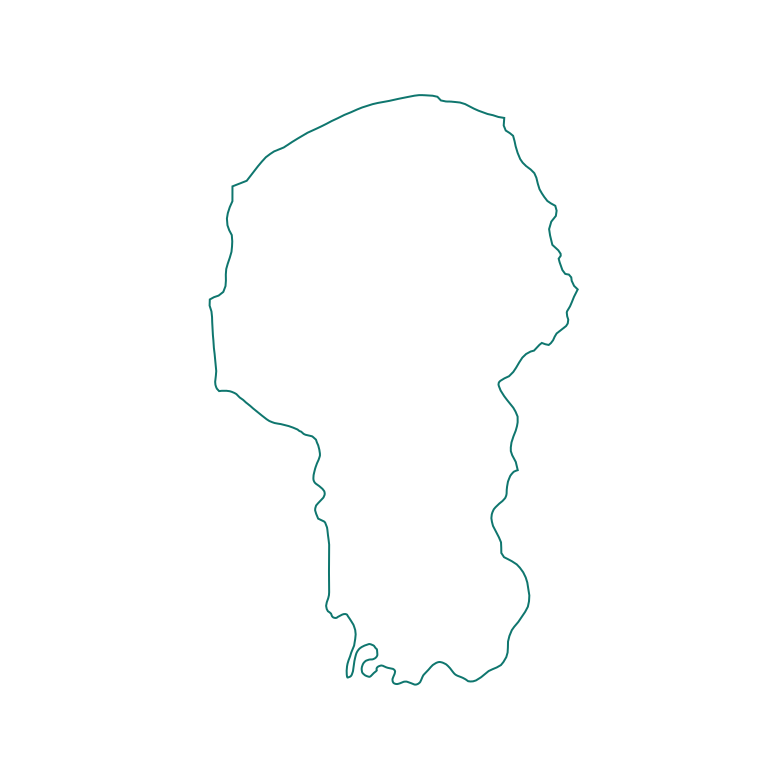 Bacho, Narathiwat, Thailand (Equal Earth projection), rotated 197°
{"feature_id": "78962969B22586560209583", "entity_name": "Bacho", "entity_type": "district", "adm_level": 2, "iso_a3": "THA", "parent_name": "Thailand", "parent_adm1": "Narathiwat", "projection": "equal_earth", "projection_center": [101.634, 6.553], "detail": "fine", "context": "isolated", "style": "outline", "palette": "teal", "viewbox_px": 768, "rotation_deg": 197, "n_neighbors": 0, "source": "geoboundaries", "source_scale": "gbopen_adm2", "svg_char_len": 6126}
<svg xmlns="http://www.w3.org/2000/svg" viewBox="0 0 768 768"><g transform="rotate(197 384 384)"><path d="M539.6,329.0L537.3,330.0L532.9,331.4L529.4,332.0L527.3,332.0L524.4,331.7L522.2,331.2L518.0,328.9L514.0,327.6L510.7,326.0L505.4,323.9L501.9,322.3L491.5,318.1L486.0,316.0L482.9,315.1L479.9,314.8L477.2,314.7L473.7,315.1L470.9,315.5L462.9,315.9L458.2,315.7L453.4,315.2L451.1,314.3L449.3,314.2L446.3,312.8L444.3,312.5L438.6,312.9L437.2,312.9L435.8,312.3L432.8,310.9L431.0,308.4L429.0,306.1L426.6,302.2L425.8,300.5L425.1,299.1L424.8,298.3L424.4,297.1L424.3,296.4L424.3,294.7L424.4,292.3L424.9,288.5L425.1,284.5L425.1,282.5L424.9,278.8L424.7,276.3L424.4,275.0L424.1,273.7L423.8,272.7L423.4,271.8L423.0,271.1L422.2,270.2L421.3,269.4L420.7,269.1L419.9,268.7L416.0,267.4L412.8,266.0L412.0,265.6L410.2,264.3L409.8,264.0L409.2,263.1L408.6,261.7L408.4,260.6L408.5,259.6L408.7,257.8L409.0,257.1L411.0,253.1L412.3,250.5L413.1,248.6L413.3,248.3L413.4,247.7L413.4,247.0L413.4,245.1L413.2,244.1L412.9,243.0L412.3,242.1L410.9,240.0L407.6,236.0L401.1,235.0L399.8,234.3L396.5,230.1L395.5,228.0L393.4,223.1L391.6,219.2L389.5,214.4L381.7,188.3L375.6,168.9L374.9,166.0L374.7,162.9L374.9,158.5L374.5,154.9L373.0,152.1L371.2,150.3L369.2,149.7L367.5,148.9L365.9,146.8L364.8,146.1L364.0,145.9L363.0,145.9L361.8,146.1L360.9,146.6L360.1,147.7L356.5,151.3L355.0,152.3L353.3,152.8L351.9,152.6L350.5,151.3L348.1,149.4L346.1,147.7L342.9,144.9L341.6,143.2L339.6,140.3L337.9,136.3L337.0,131.8L336.1,125.1L336.8,117.6L336.8,113.7L337.1,109.6L337.1,105.9L336.8,103.2L335.9,98.9L334.6,95.1L333.8,93.4L333.2,92.7L332.8,92.7L331.1,94.0L330.6,94.5L330.2,95.2L330.0,95.7L329.8,96.8L329.7,99.5L329.7,100.3L331.3,110.4L331.6,114.2L331.7,116.7L331.7,117.8L331.6,119.1L331.3,120.6L330.6,122.7L330.2,123.5L329.8,124.2L328.5,125.9L326.1,128.2L322.5,130.8L322.1,131.0L321.7,131.1L320.4,131.2L317.7,130.9L317.4,130.8L316.9,130.6L314.7,128.9L313.5,128.4L313.0,127.8L312.5,126.6L311.6,124.3L311.1,122.9L311.1,122.6L311.2,121.6L311.4,120.9L311.8,120.0L312.4,119.1L313.3,118.2L314.3,117.4L315.5,116.9L316.7,116.5L317.6,116.1L319.7,114.6L320.4,114.0L320.9,113.3L321.6,112.0L321.9,111.3L322.2,110.2L322.3,109.5L322.4,107.1L322.2,105.5L321.9,104.5L321.4,103.4L320.9,102.4L320.5,101.8L319.8,101.2L319.1,100.8L317.5,100.1L316.6,99.8L315.7,99.7L314.9,99.6L313.2,99.6L312.4,99.7L311.9,100.0L311.3,100.7L311.0,101.2L309.2,104.7L307.7,106.9L307.2,107.9L307.2,108.1L307.8,109.2L307.9,109.9L307.8,110.6L307.4,111.5L307.1,111.9L306.3,112.7L305.8,113.1L304.4,114.0L303.6,114.1L302.6,114.2L302.1,114.1L298.9,113.7L297.2,113.7L292.9,114.1L292.3,114.2L291.5,114.0L290.9,113.8L290.4,113.5L289.9,113.2L289.7,112.8L289.4,112.5L289.3,112.0L289.2,111.2L289.1,110.0L289.5,106.3L289.6,104.4L289.4,103.6L288.9,102.4L288.3,101.6L287.6,101.0L287.2,100.8L286.3,100.6L285.0,100.6L283.7,100.9L282.6,101.5L281.4,102.3L278.1,105.0L276.8,105.6L276.0,105.8L275.4,106.0L274.4,106.0L270.4,105.8L267.1,105.5L266.4,105.6L265.6,105.9L265.0,106.2L264.1,106.9L263.5,107.5L262.9,108.4L262.5,109.0L262.2,109.8L262.1,110.7L261.9,111.9L261.6,114.9L261.3,116.8L260.8,118.0L257.9,123.8L256.5,127.0L255.2,129.5L253.5,131.5L252.4,132.7L250.9,133.8L249.9,134.3L248.6,134.6L246.6,134.7L245.0,134.5L243.2,134.2L242.4,134.0L240.3,133.0L237.7,131.5L234.1,128.9L232.6,127.9L231.5,127.3L230.5,126.9L229.5,126.7L228.6,126.5L224.2,126.2L222.5,126.0L219.6,125.4L216.7,124.4L216.3,124.4L215.7,124.6L214.6,124.7L211.9,125.7L209.4,127.4L207.2,129.9L205.4,132.0L200.0,140.1L196.8,143.0L193.3,145.9L190.0,149.4L188.5,153.1L187.2,158.6L187.3,163.4L188.5,168.3L190.1,174.0L190.4,179.7L189.8,186.0L188.5,189.9L186.0,195.7L182.4,207.4L181.3,213.1L181.8,218.6L183.2,224.3L188.9,236.0L191.9,240.4L195.8,244.6L200.3,248.0L204.3,250.3L209.9,251.9L214.0,252.7L218.6,253.5L222.4,256.7L224.0,261.7L225.8,266.8L229.3,271.0L238.3,280.2L240.5,283.8L242.1,287.1L242.8,290.8L242.8,293.0L242.4,296.2L241.4,298.6L238.8,303.3L236.5,306.7L235.2,309.4L234.7,310.7L234.5,313.1L234.7,315.0L235.7,318.7L236.3,321.8L236.9,326.8L236.7,330.0L236.4,333.0L235.8,334.8L234.9,336.8L234.2,338.1L232.6,339.5L230.9,340.7L235.2,348.0L240.6,353.4L243.1,356.9L244.2,360.4L245.0,365.4L244.9,371.7L244.4,377.8L244.5,382.5L245.0,386.5L246.7,391.9L250.1,396.0L253.4,399.1L261.5,404.6L265.5,407.5L270.5,411.8L273.4,415.4L274.3,416.8L274.6,418.6L274.3,419.9L273.6,421.1L270.5,424.6L266.7,428.0L263.9,433.3L262.4,438.3L261.0,444.2L259.4,449.7L256.9,454.2L253.3,457.9L250.3,459.8L246.8,466.9L245.1,469.4L241.3,469.2L237.9,469.5L236.4,471.8L235.1,475.3L234.6,479.2L233.7,482.8L226.8,492.7L226.0,495.6L226.6,499.4L228.6,502.3L230.1,505.7L230.2,507.0L228.8,512.7L228.3,517.2L227.8,523.0L226.4,531.1L230.9,533.4L234.7,537.6L236.1,540.7L239.2,542.7L241.5,542.4L242.9,542.3L246.7,545.1L251.6,551.7L253.6,554.9L252.5,558.3L253.2,560.2L256.4,562.8L263.7,566.3L268.6,574.6L271.4,580.4L271.5,588.2L268.8,595.0L269.6,600.2L272.3,604.5L277.1,605.5L281.3,606.8L285.4,609.7L288.8,612.5L292.2,615.7L295.4,620.4L298.6,625.8L301.9,629.6L306.4,632.0L311.7,633.9L316.1,636.2L319.5,638.9L323.8,644.1L327.6,649.8L330.2,654.5L333.1,659.1L337.0,660.7L341.7,662.0L345.1,666.2L346.8,673.6L352.7,672.8L358.4,672.9L363.9,672.5L373.5,673.0L378.4,673.6L382.8,674.4L388.3,675.4L393.6,675.4L397.8,674.6L402.7,673.6L407.3,672.3L412.5,671.8L416.9,674.3L421.8,673.9L430.5,671.8L434.7,670.6L439.0,668.7L444.5,665.8L449.9,662.9L453.6,660.9L461.9,656.2L472.0,651.0L476.7,648.3L481.2,645.2L485.7,642.1L489.8,638.8L495.2,634.1L500.5,629.8L506.0,624.6L511.0,620.1L515.2,615.9L519.2,612.1L523.5,608.2L530.6,601.9L538.3,593.5L542.7,588.5L549.0,580.9L557.1,574.3L560.1,570.7L563.3,566.3L565.9,560.8L568.2,555.4L574.7,538.2L586.7,528.7L582.4,514.5L583.2,508.0L583.3,501.7L582.6,496.3L580.1,490.0L576.9,485.7L573.1,481.9L570.8,476.0L569.5,470.9L568.5,465.8L568.4,459.9L568.6,453.2L568.5,447.9L567.3,442.5L565.4,436.6L564.2,431.3L564.6,425.1L568.0,420.2L572.0,417.3L575.3,413.9L573.7,408.0L570.2,402.9L568.0,397.7L566.3,392.7L561.9,380.7L559.9,375.8L557.2,368.7L554.8,363.3L552.7,358.2L548.2,347.3L547.2,342.7L546.1,336.7L545.0,334.0L543.8,332.2L542.5,330.7L539.6,329.0Z" fill="none" stroke="#0f766e" stroke-width="2"/></g></svg>